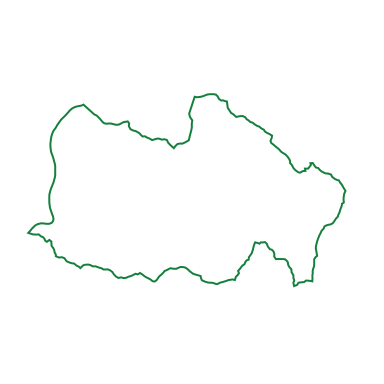 Avaré, São Paulo, Brazil (Mercator projection), rotated 103°
{"feature_id": "56859067B63213582970930", "entity_name": "Avaré", "entity_type": "district", "adm_level": 2, "iso_a3": "BRA", "parent_name": "Brazil", "parent_adm1": "São Paulo", "projection": "mercator", "projection_center": [-48.891, -23.063], "detail": "fine", "context": "isolated", "style": "outline", "palette": "green", "viewbox_px": 384, "rotation_deg": 103, "n_neighbors": 0, "source": "geoboundaries", "source_scale": "gbopen_adm2", "svg_char_len": 4660}
<svg xmlns="http://www.w3.org/2000/svg" viewBox="0 0 384 384"><g transform="rotate(103 192 192)"><path d="M131.3,317.4L132.5,318.9L133.4,320.8L134.7,323.8L136.1,325.9L137.6,327.6L140.0,329.4L143.7,331.3L145.2,332.2L147.2,333.4L150.9,335.8L156.6,338.2L160.6,339.4L163.1,340.6L164.8,341.0L167.3,341.4L170.0,341.5L172.6,341.3L177.1,340.8L179.8,340.1L183.5,338.8L185.1,338.0L189.4,335.2L192.8,333.4L194.4,332.5L196.5,331.5L198.3,330.9L200.6,330.4L204.0,329.6L206.2,329.1L208.2,328.9L211.0,329.0L213.8,329.1L215.7,329.4L220.1,330.1L222.4,330.3L226.5,330.4L228.2,330.1L231.3,329.4L234.9,328.5L239.4,326.8L245.1,323.3L247.1,321.9L249.7,320.8L251.6,320.9L253.4,321.6L255.1,323.9L255.7,326.5L255.9,328.5L256.4,331.8L257.2,333.5L258.2,335.4L260.1,337.4L263.3,339.5L265.8,340.7L268.7,342.3L269.1,337.4L268.5,334.1L267.8,331.8L269.2,329.1L269.6,326.7L270.8,325.3L272.5,324.0L273.2,322.2L270.8,320.2L271.9,317.9L275.9,316.8L278.1,314.3L279.6,313.2L282.1,312.1L283.4,310.7L285.2,310.2L285.8,307.0L284.8,304.0L285.2,301.4L287.7,298.6L288.2,296.0L288.5,293.2L288.2,290.9L289.7,287.9L290.2,285.5L291.3,283.7L289.6,282.6L288.0,281.6L286.9,279.7L286.0,276.6L286.1,274.4L286.8,272.0L286.1,269.3L286.6,265.2L286.7,262.8L287.4,260.9L286.9,258.5L286.3,256.7L286.7,254.3L287.8,251.7L289.8,249.6L291.5,247.0L292.3,244.3L291.1,241.8L291.3,239.3L290.5,237.0L288.8,234.8L287.8,232.9L286.5,231.1L284.4,228.7L284.4,226.1L282.6,224.5L283.4,222.2L284.7,219.4L285.4,217.4L285.8,215.6L286.5,212.9L287.8,210.3L287.6,208.1L285.4,206.4L282.8,205.5L281.2,204.7L279.3,203.2L276.9,201.7L275.2,201.0L273.6,198.8L271.1,195.9L271.0,193.3L270.4,190.1L269.1,188.5L267.6,186.2L267.1,183.1L267.2,181.3L268.3,178.6L269.3,177.1L270.4,174.9L271.4,172.6L271.6,170.7L271.9,164.8L273.9,163.8L275.7,162.6L276.2,160.5L276.5,158.5L276.6,155.6L276.0,152.6L275.9,150.0L276.3,147.6L275.6,146.0L274.3,144.7L273.3,142.8L272.0,140.4L271.1,138.9L269.5,136.4L268.8,134.6L268.1,132.9L268.1,130.4L264.9,130.2L262.6,128.8L260.5,128.0L258.6,129.3L255.6,127.8L252.4,126.4L250.7,124.7L247.9,124.2L246.3,123.3L245.2,121.6L242.8,121.9L240.2,120.8L237.8,119.9L234.0,119.7L231.0,119.7L229.0,119.5L226.9,119.2L226.9,116.5L227.2,114.6L225.6,113.6L225.2,111.6L224.4,109.6L225.5,107.6L228.1,105.8L230.2,103.2L230.3,101.1L231.6,99.2L233.9,97.8L236.3,97.4L238.5,95.2L237.7,92.1L237.3,90.2L236.9,88.3L236.6,86.4L237.5,84.5L238.8,82.9L241.5,81.8L243.4,80.1L244.8,77.9L247.8,76.9L250.3,74.5L253.1,73.8L255.1,72.5L257.8,72.8L260.7,71.3L258.9,68.7L256.4,67.8L255.3,64.9L254.6,62.5L252.6,61.0L252.1,57.7L252.0,54.7L249.0,55.2L246.3,55.9L243.9,56.1L242.1,56.6L240.0,56.7L237.6,56.4L235.0,56.6L232.7,57.2L230.0,57.8L227.7,57.0L226.1,55.7L224.0,56.6L222.2,57.3L219.9,58.4L217.5,59.0L215.5,59.0L212.4,59.0L208.6,58.6L205.6,58.1L203.2,57.5L201.5,57.2L199.8,56.6L198.4,55.6L195.8,55.2L194.5,53.8L193.4,52.0L192.3,49.5L190.6,47.7L187.9,46.6L185.2,45.6L183.3,44.4L181.2,44.3L179.0,43.7L176.8,43.6L174.6,43.4L171.9,43.0L169.7,43.2L168.1,41.7L165.1,42.7L162.5,43.1L159.6,43.3L156.4,42.7L154.5,44.6L152.9,46.1L151.1,47.7L149.4,49.9L147.7,51.4L147.6,53.4L147.2,55.6L146.4,57.4L145.5,59.1L143.8,60.3L143.4,63.2L143.8,66.1L143.4,68.2L142.8,70.4L141.6,72.7L140.3,74.3L140.2,76.9L138.4,79.0L136.6,80.9L137.3,83.1L138.8,82.2L140.9,83.1L143.1,84.1L143.8,87.2L145.9,86.2L146.7,88.7L148.9,91.1L148.8,93.1L147.5,96.1L146.0,98.4L143.1,100.9L141.7,103.0L139.9,103.3L138.0,104.7L136.0,106.9L134.4,109.4L133.3,112.8L132.5,114.6L131.4,116.0L130.4,117.6L129.3,119.9L127.7,123.0L126.4,125.8L124.6,127.0L121.2,126.5L119.0,126.7L118.5,128.4L117.9,130.3L117.5,132.4L116.6,134.6L115.1,136.1L114.5,138.6L113.1,141.3L113.0,143.3L112.0,146.1L110.8,148.5L110.7,150.8L109.5,153.0L108.8,155.1L107.2,156.9L106.6,159.7L107.4,162.6L108.9,165.8L106.9,169.4L106.2,171.7L103.8,174.2L102.0,176.1L99.8,176.9L95.9,178.4L96.0,180.4L95.7,182.2L96.3,184.1L95.4,186.4L92.9,188.7L91.7,190.8L91.9,193.3L92.7,196.5L93.4,198.7L95.0,201.1L96.6,203.5L97.6,205.7L98.6,208.6L98.6,210.8L116.2,212.4L118.9,211.1L120.7,209.5L122.1,207.8L124.1,207.7L126.5,207.4L128.4,206.8L130.8,206.6L142.4,206.8L144.9,209.5L146.1,211.0L147.1,212.4L147.5,214.7L148.6,217.0L151.1,218.6L153.4,219.6L151.9,222.2L151.0,223.8L149.5,226.1L147.0,228.2L146.8,230.8L147.8,233.4L147.4,235.9L147.8,237.9L149.2,240.4L150.4,242.6L149.5,245.3L149.1,248.1L148.3,250.1L149.0,252.7L148.0,254.5L146.6,256.3L145.7,259.1L145.3,260.9L145.3,263.4L144.6,266.1L142.0,268.4L139.2,268.7L137.7,270.5L139.3,274.4L140.9,276.2L142.7,278.4L143.6,280.9L143.6,282.7L143.5,286.2L144.0,288.6L144.8,291.1L144.7,293.3L143.9,294.9L141.3,298.3L139.0,301.9L138.3,304.9L136.9,307.3L135.5,309.9L131.3,317.4Z" fill="none" stroke="#15803d" stroke-width="2"/></g></svg>